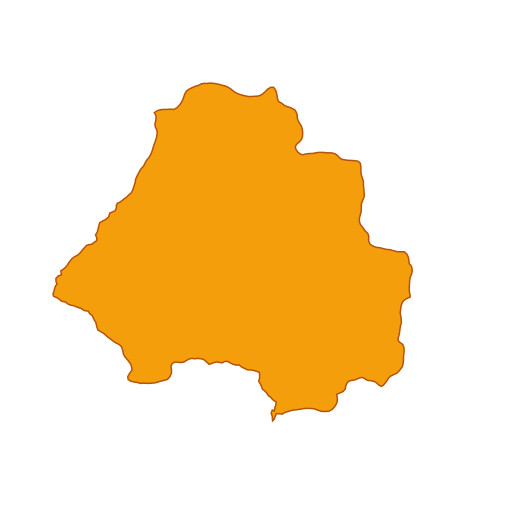 outline of Rio Paranaíba, Minas Gerais, Brazil, rotated 202°
{"feature_id": "56859067B47989676125638", "entity_name": "Rio Paranaíba", "entity_type": "district", "adm_level": 2, "iso_a3": "BRA", "parent_name": "Brazil", "parent_adm1": "Minas Gerais", "projection": "orthographic", "projection_center": [-46.305, -19.247], "detail": "fine", "context": "isolated", "style": "filled", "palette": "amber", "viewbox_px": 512, "rotation_deg": 202, "n_neighbors": 0, "source": "geoboundaries", "source_scale": "gbopen_adm2", "svg_char_len": 4963}
<svg xmlns="http://www.w3.org/2000/svg" viewBox="0 0 512 512"><g transform="rotate(202 256 256)"><path d="M329.4,105.9L328.2,103.8L329.2,100.1L329.7,96.0L328.3,93.7L325.4,93.0L321.8,93.5L319.0,94.2L315.3,94.6L312.9,95.9L310.8,96.6L308.2,97.5L305.3,98.9L302.2,100.5L300.3,101.9L298.0,103.9L294.7,106.2L291.8,108.5L290.6,112.0L290.6,116.3L291.8,118.9L293.3,121.5L293.6,124.5L291.8,127.1L289.2,128.1L285.8,129.0L283.1,130.7L281.3,133.1L279.8,135.1L277.1,137.1L274.4,137.7L271.9,139.1L268.8,140.1L265.7,140.4L263.5,139.7L261.2,139.0L258.9,137.9L256.8,139.8L254.7,141.7L252.6,143.2L250.1,143.6L247.4,144.2L245.6,146.4L243.1,147.6L240.6,147.3L236.9,147.0L233.4,147.4L230.9,148.7L227.7,147.7L224.0,147.4L221.1,147.3L217.7,148.5L215.0,149.1L211.6,149.3L209.4,149.5L208.3,147.4L206.9,144.2L206.7,141.0L203.9,138.9L201.7,136.8L200.2,134.9L197.6,134.3L194.8,133.0L191.8,130.9L189.4,130.6L187.2,129.3L185.1,128.6L182.6,128.2L181.9,125.8L181.7,122.5L180.9,119.2L183.2,119.3L183.1,116.1L180.8,113.3L178.9,109.4L178.0,111.6L178.1,114.5L178.0,117.5L175.4,118.4L172.4,119.3L170.4,122.0L167.7,124.0L165.8,125.7L163.2,127.4L160.5,128.8L157.7,130.4L154.9,132.2L152.7,133.4L149.9,134.5L146.7,135.6L144.1,136.2L141.0,136.2L137.4,136.4L134.0,137.6L130.3,139.3L127.9,142.3L127.0,144.7L126.3,147.0L126.0,150.5L127.1,154.4L129.4,157.9L126.9,160.5L124.4,163.0L123.4,166.3L124.1,169.0L124.0,172.0L123.3,174.5L121.1,176.2L118.0,178.1L116.2,179.9L114.6,181.5L112.3,183.1L109.9,183.2L107.5,182.6L105.3,182.6L102.8,183.4L99.4,184.0L96.8,183.6L94.2,182.5L91.1,182.0L89.5,183.9L88.5,187.1L87.7,190.0L87.3,192.8L85.9,195.4L84.0,197.5L81.7,199.9L80.5,202.3L79.5,205.4L78.9,208.3L79.3,211.4L80.3,215.0L81.6,218.0L82.2,220.6L83.0,223.3L84.5,226.5L86.9,229.0L89.6,229.7L92.0,230.4L93.3,232.4L93.6,235.0L94.0,237.9L95.0,241.6L95.9,245.5L96.2,248.6L97.6,251.6L99.6,255.0L101.2,257.6L101.8,260.5L102.8,264.1L102.9,268.5L101.3,271.7L99.5,273.8L97.7,275.7L98.8,278.0L100.7,280.8L102.1,284.3L103.3,287.7L104.4,291.1L105.0,294.0L105.0,297.1L105.4,300.3L106.9,303.3L108.8,305.3L111.0,306.3L112.2,308.5L114.2,311.8L116.6,314.1L120.0,315.5L123.3,314.2L126.3,313.0L130.2,312.4L134.1,312.1L137.4,311.0L141.2,310.5L144.7,310.0L147.6,309.1L150.1,309.0L152.6,309.2L154.8,309.8L157.1,312.0L158.0,314.2L158.8,316.5L160.8,318.8L164.5,320.3L166.4,321.6L168.7,323.0L171.0,324.4L172.6,326.1L174.0,328.7L174.6,331.8L175.0,336.0L176.1,339.3L177.8,343.6L177.9,347.9L177.9,351.0L178.5,353.3L179.7,355.5L180.8,357.9L182.9,361.9L184.2,365.1L186.0,367.4L187.9,369.6L189.9,372.5L191.1,375.4L192.3,378.3L194.1,381.1L196.7,382.1L200.4,381.3L203.7,380.2L206.8,379.1L209.7,378.4L212.7,377.8L215.6,378.4L218.4,379.9L220.9,380.3L224.4,380.0L227.7,378.7L229.7,377.9L232.1,377.4L234.6,376.4L236.7,375.5L238.8,374.4L241.3,372.6L244.2,371.3L246.8,370.0L248.8,368.7L250.8,367.3L253.0,367.1L256.5,368.2L259.3,370.2L260.6,372.6L259.9,375.6L258.7,377.6L257.4,381.4L257.7,384.4L259.0,388.0L260.5,390.8L262.7,393.6L265.3,395.4L267.4,397.1L269.3,399.2L270.6,402.1L272.2,404.1L274.7,406.0L279.4,406.5L282.8,406.2L285.8,406.2L289.7,407.3L293.0,407.7L295.0,409.9L296.7,412.9L298.8,415.9L300.6,417.6L302.8,419.0L305.3,418.1L307.7,415.1L308.9,412.0L310.3,409.1L312.1,406.7L314.1,405.0L316.4,403.9L319.1,402.6L322.2,401.2L326.2,400.4L328.8,400.0L331.4,399.7L336.0,399.8L339.1,400.5L342.5,401.6L345.6,402.0L348.5,402.1L351.4,401.6L354.2,401.4L357.2,400.8L360.9,400.0L364.4,398.6L366.5,397.4L368.7,396.7L371.0,395.3L372.9,393.0L376.0,390.5L378.9,387.5L380.8,385.3L382.4,382.6L382.7,379.0L382.5,375.6L382.5,371.8L383.2,368.2L384.6,364.3L386.8,361.3L390.2,360.1L393.6,358.5L397.0,357.1L399.1,356.0L401.8,353.9L404.0,350.8L401.1,348.5L399.8,344.6L399.1,340.3L397.4,337.6L395.1,335.7L393.7,333.1L392.8,329.6L392.4,325.9L392.3,322.9L392.2,319.7L391.7,315.4L391.6,310.9L392.2,307.1L393.3,303.8L393.7,300.2L393.9,297.3L394.9,294.7L395.6,292.5L395.8,290.0L396.3,285.1L396.3,281.5L395.6,279.0L395.3,275.3L395.0,271.1L395.4,267.6L396.8,265.1L398.1,261.9L399.6,259.8L401.0,257.1L402.2,255.1L404.3,253.0L404.4,250.3L403.4,248.2L403.7,245.1L405.4,243.3L407.6,241.2L407.3,236.9L409.2,233.4L411.5,230.8L413.4,228.3L413.1,225.6L412.6,222.1L412.1,218.5L412.7,215.5L410.2,212.9L409.5,210.4L411.0,208.4L412.7,205.4L415.4,203.8L417.1,202.3L418.3,199.1L419.4,195.9L420.4,192.6L421.8,189.9L424.1,187.1L425.6,184.6L426.3,182.4L427.2,179.3L427.5,176.8L428.3,174.5L429.7,171.6L431.4,169.1L429.3,165.6L431.8,163.6L433.1,160.2L431.7,157.1L430.0,155.6L430.7,153.0L430.5,150.2L430.1,147.1L430.0,144.6L428.4,142.8L424.9,142.8L421.8,142.0L419.1,141.2L415.7,142.0L412.3,141.0L409.4,141.0L406.3,141.6L403.0,141.6L398.3,141.8L394.9,141.1L390.8,142.0L388.6,140.2L385.9,139.6L383.6,137.6L381.9,136.0L379.5,134.3L377.4,131.1L374.8,128.1L370.3,127.5L367.3,126.9L364.2,125.7L360.9,124.8L358.1,124.0L354.5,123.1L351.1,122.8L348.8,122.4L346.6,121.3L344.1,118.4L342.1,115.3L339.5,113.2L336.0,111.5L333.5,109.9L331.3,108.5L329.4,105.9Z" fill="#f59e0b" stroke="#b45309" stroke-width="1.5"/></g></svg>